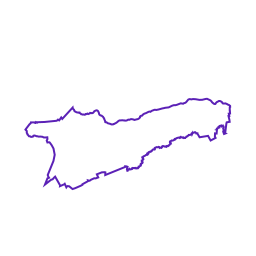 outline of Pesquería, Nuevo León, Mexico, rotated 331°
{"feature_id": "50627088B93761712113478", "entity_name": "Pesquería", "entity_type": "district", "adm_level": 2, "iso_a3": "MEX", "parent_name": "Mexico", "parent_adm1": "Nuevo León", "projection": "albers", "projection_center": [-99.931, 25.747], "detail": "fine", "context": "isolated", "style": "outline", "palette": "violet", "viewbox_px": 256, "rotation_deg": 331, "n_neighbors": 0, "source": "geoboundaries", "source_scale": "gbopen_adm2", "svg_char_len": 5804}
<svg xmlns="http://www.w3.org/2000/svg" viewBox="0 0 256 256"><g transform="rotate(331 128 128)"><path d="M228.0,158.1L227.5,156.9L226.5,155.7L226.2,155.0L225.5,154.2L225.3,153.8L223.5,153.0L222.8,152.4L222.7,151.8L222.8,151.5L222.8,151.2L222.1,149.7L221.4,148.9L220.4,148.4L219.3,148.5L218.2,148.4L216.9,148.8L216.4,149.2L215.9,149.3L215.5,149.1L215.1,148.7L214.8,148.3L214.0,146.3L213.9,145.0L213.5,143.8L211.3,140.8L210.2,140.3L206.6,139.3L205.7,138.8L204.2,138.1L201.1,135.6L199.2,134.4L198.4,134.0L197.5,133.8L195.9,132.6L194.9,132.4L194.4,132.4L191.6,133.5L190.8,133.7L190.0,133.7L188.9,133.4L188.0,133.5L186.1,132.0L181.9,131.4L180.4,131.0L179.3,130.3L177.5,129.9L173.6,129.7L170.2,128.3L169.6,128.2L167.4,127.5L163.6,126.6L161.4,125.9L160.7,125.3L159.9,124.9L157.1,124.5L155.5,124.7L155.1,124.2L153.8,123.8L150.8,123.7L149.4,123.4L148.0,123.4L146.7,123.9L146.1,124.0L145.9,123.8L144.9,123.6L144.1,123.8L143.8,124.5L143.3,124.7L142.0,125.0L140.9,125.0L139.7,124.6L137.6,124.1L137.2,123.5L136.9,123.4L136.5,122.8L135.0,121.7L133.0,121.4L132.3,120.8L130.5,120.8L128.9,120.1L128.5,119.6L127.9,119.3L126.7,118.4L125.9,118.1L124.4,117.3L123.1,117.2L121.6,117.6L119.7,117.8L118.9,117.7L118.0,117.8L117.3,117.5L116.6,117.6L115.1,116.7L114.8,116.1L112.6,114.0L112.0,112.6L111.2,112.1L111.0,111.9L111.0,111.6L111.4,110.7L111.5,108.8L111.8,108.0L111.6,107.5L111.6,106.1L111.2,105.3L110.9,104.4L110.0,103.6L109.5,102.5L109.5,101.9L109.9,100.5L110.0,98.7L109.8,98.2L109.3,97.4L108.3,97.1L106.7,97.0L105.5,97.6L104.7,97.8L104.2,97.8L103.5,97.3L103.0,97.2L102.9,97.0L102.2,96.4L101.5,96.7L99.9,96.5L99.6,96.2L99.6,95.9L99.5,95.7L97.9,95.6L97.6,95.5L97.7,95.3L97.6,95.2L96.9,95.5L96.2,95.2L95.5,94.5L94.7,94.2L94.1,93.4L93.7,93.2L93.6,92.5L93.1,91.6L92.8,91.3L93.0,90.9L91.7,90.2L91.0,89.7L90.3,88.9L89.9,88.1L89.4,87.5L89.4,87.2L89.5,86.5L89.6,85.8L89.1,84.4L89.5,83.3L74.9,88.2L74.7,86.4L71.9,87.8L71.8,87.7L71.4,87.9L70.8,86.7L69.4,87.1L68.9,87.0L58.0,82.3L51.3,78.9L51.1,79.1L50.4,78.2L49.6,78.8L49.4,78.7L49.6,78.1L45.8,76.0L45.1,76.7L43.6,77.0L37.7,79.6L37.8,79.9L37.6,80.0L38.0,81.5L37.6,82.4L37.1,83.1L37.2,84.4L36.9,84.9L37.2,85.7L37.4,87.2L38.4,87.9L38.8,88.7L39.1,88.9L40.5,89.4L41.0,89.4L41.3,89.0L41.6,88.9L42.7,89.3L44.3,91.1L44.9,91.4L45.5,92.1L47.2,93.0L48.9,94.2L49.8,95.5L51.9,96.6L52.9,97.0L52.2,98.6L50.8,99.6L50.5,101.6L52.1,102.2L52.5,102.7L52.9,105.9L52.9,109.8L50.9,115.9L46.8,120.7L35.0,130.2L34.7,132.0L34.8,133.2L33.1,133.0L28.0,137.2L35.6,136.0L37.2,136.3L39.8,135.4L40.7,135.2L40.8,145.4L40.4,145.9L44.7,146.3L45.3,146.3L45.6,146.2L45.3,150.0L46.3,149.5L47.0,149.5L48.3,150.5L49.9,154.5L52.5,155.0L58.7,155.6L60.6,155.6L60.9,155.1L67.6,155.1L67.6,154.9L67.9,154.9L67.9,154.7L68.6,155.4L69.5,155.5L70.6,155.3L74.1,155.6L75.3,156.4L78.0,156.8L78.3,153.4L83.6,154.1L86.3,155.4L86.7,155.8L85.3,158.1L106.7,160.7L107.0,160.1L107.9,160.7L108.8,161.7L107.1,163.4L106.7,165.1L107.1,165.2L107.7,164.4L108.1,164.4L108.4,164.6L109.4,164.4L109.5,165.2L111.0,165.7L111.6,165.8L111.8,165.2L112.4,165.1L112.7,165.6L113.3,165.6L114.0,166.0L114.7,166.3L114.5,166.5L115.6,167.4L116.2,167.4L116.5,167.7L117.0,167.4L117.4,167.5L117.6,167.9L118.1,167.6L118.6,167.0L119.0,167.3L119.2,167.1L121.0,167.1L121.6,166.3L121.3,166.0L121.5,165.7L122.6,165.4L123.4,165.7L123.8,165.2L124.2,165.0L123.9,163.7L124.2,163.2L125.0,163.5L125.5,163.3L125.6,163.7L125.6,163.0L125.8,162.4L126.4,162.5L126.6,161.2L126.3,160.8L126.3,160.6L126.8,160.7L127.3,160.4L127.6,160.5L128.0,160.3L129.0,160.5L130.7,160.3L131.3,160.5L131.7,160.8L132.2,160.8L132.5,160.7L132.7,160.2L132.2,159.8L132.3,159.6L132.5,159.5L133.0,159.7L133.4,160.2L133.6,160.2L133.9,159.8L134.0,159.3L134.3,159.2L135.1,159.2L135.5,159.3L135.9,159.7L136.6,159.8L137.1,159.7L137.4,159.3L138.1,159.5L138.8,159.0L139.3,158.9L140.5,159.3L140.6,159.6L141.1,159.7L141.3,159.4L141.1,159.1L141.1,158.9L141.5,158.5L142.0,158.4L142.4,158.6L143.5,158.5L143.9,158.7L144.4,159.1L145.2,159.6L145.3,159.6L145.6,159.4L146.0,159.8L146.3,160.0L146.2,160.8L146.6,160.8L147.0,161.1L147.6,161.6L148.1,161.3L148.6,161.2L148.8,160.7L149.0,160.6L149.6,160.6L150.5,161.2L150.9,161.9L151.7,162.4L152.2,162.4L152.2,162.9L152.3,163.1L152.7,163.1L153.1,162.7L153.5,162.6L153.9,162.8L154.4,163.3L155.1,163.2L155.7,162.8L156.3,162.9L157.0,162.5L157.2,162.2L157.9,162.4L158.0,161.9L158.3,161.2L157.8,160.7L158.1,160.2L158.3,160.1L159.4,160.2L160.2,160.1L160.8,160.6L161.8,160.8L162.3,160.7L163.0,160.9L163.4,160.9L163.4,160.3L163.6,160.2L164.7,160.6L165.4,160.4L166.9,160.7L167.8,161.0L168.3,161.5L168.4,161.8L168.5,161.8L168.7,161.3L169.6,161.3L169.5,161.9L170.0,161.9L170.4,162.1L171.0,162.7L171.1,163.0L171.3,163.1L171.6,163.0L171.7,163.6L172.1,163.6L172.3,163.9L172.7,164.1L172.8,164.3L173.0,164.4L173.2,164.1L174.4,164.2L174.9,163.9L175.0,164.0L175.5,164.0L175.7,163.6L175.6,163.9L175.9,163.9L176.0,164.0L176.4,163.8L177.0,163.9L177.5,163.8L177.8,163.5L178.9,164.1L180.0,164.3L180.3,164.1L180.3,164.3L181.0,164.3L181.4,164.0L181.3,164.3L182.3,163.6L182.7,163.6L183.0,163.9L184.6,164.1L184.7,164.3L184.5,164.5L184.8,164.7L185.1,165.1L185.2,165.5L185.1,165.9L186.1,166.3L186.0,166.5L186.1,170.8L194.2,173.7L194.2,179.0L199.8,179.1L199.8,177.7L201.5,174.9L202.8,175.8L205.0,172.6L204.9,172.5L205.2,172.5L205.4,172.3L205.1,172.3L205.2,171.8L205.9,171.5L207.7,171.8L207.5,171.3L207.6,171.0L208.1,171.1L208.4,170.9L208.8,171.1L209.3,171.0L209.4,170.7L211.1,171.1L211.2,171.6L211.0,172.0L212.0,172.0L211.9,172.3L212.3,172.7L212.2,173.4L211.9,173.9L211.4,174.4L211.1,174.4L211.0,174.7L210.8,175.7L210.5,176.6L209.6,177.1L209.4,177.8L209.1,179.8L210.6,180.0L210.4,179.7L216.2,171.8L217.1,170.9L219.9,171.9L220.7,169.9L221.7,166.3L222.4,166.6L223.1,164.3L224.3,164.8L225.5,162.2L225.4,162.1L227.0,159.3L227.6,159.1L227.6,158.6L228.0,158.1Z" fill="none" stroke="#5b21b6" stroke-width="2"/></g></svg>